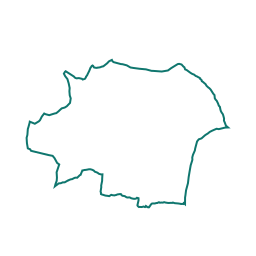 the district of Middle Bush Tanna, Tafea, Vanuatu, rotated 105°
{"feature_id": "77236927B24909731902413", "entity_name": "Middle Bush Tanna", "entity_type": "district", "adm_level": 2, "iso_a3": "VUT", "parent_name": "Vanuatu", "parent_adm1": "Tafea", "projection": "natural_earth1", "projection_center": [169.321, -19.465], "detail": "fine", "context": "isolated", "style": "outline", "palette": "teal", "viewbox_px": 256, "rotation_deg": 105, "n_neighbors": 0, "source": "geoboundaries", "source_scale": "gbopen_adm2", "svg_char_len": 3758}
<svg xmlns="http://www.w3.org/2000/svg" viewBox="0 0 256 256"><g transform="rotate(105 128 128)"><path d="M201.5,97.0L201.2,96.3L200.8,94.3L199.8,92.5L200.0,91.1L199.6,90.7L198.7,90.5L199.0,89.6L199.4,88.9L199.4,87.9L199.2,87.2L198.9,87.0L198.4,87.1L197.5,86.5L196.5,86.3L196.1,86.0L195.2,85.7L194.8,85.3L194.5,84.6L194.0,82.6L193.2,81.3L193.1,81.0L192.8,80.2L191.8,79.1L191.7,78.7L191.9,78.3L191.9,77.8L191.4,76.6L191.2,75.6L190.9,74.7L190.4,74.1L190.3,73.9L190.3,72.4L190.0,69.7L189.3,67.5L188.8,65.6L188.4,65.3L188.5,64.2L188.5,63.3L187.9,60.0L187.6,57.3L187.7,57.1L187.2,55.7L187.1,54.7L186.8,54.4L186.4,54.4L186.0,54.4L185.7,54.6L185.4,54.3L186.7,53.4L186.8,53.2L180.3,54.9L178.2,55.1L173.2,55.8L169.9,55.8L168.1,55.8L165.8,55.8L159.7,56.7L154.6,57.2L147.8,57.8L143.1,57.6L142.0,57.6L139.8,58.3L137.1,58.3L132.4,57.6L130.4,57.8L126.0,57.8L124.4,57.8L123.1,57.8L120.6,56.7L119.9,55.6L119.0,54.3L115.2,51.8L113.9,50.7L112.8,49.6L110.6,48.0L108.8,46.0L107.2,44.0L105.8,42.2L105.6,40.0L103.8,36.7L102.5,34.4L101.6,31.5L100.4,34.0L99.0,35.0L97.6,36.0L96.1,37.2L93.9,37.7L90.8,39.5L89.8,40.3L88.9,41.5L87.6,42.7L86.3,43.5L83.8,44.7L82.9,46.1L81.1,47.3L78.7,49.4L78.0,50.6L76.9,51.8L73.8,53.0L72.9,54.4L71.8,55.6L70.7,56.8L69.5,58.1L68.4,59.9L68.2,60.7L66.9,63.1L65.5,64.5L64.9,65.9L64.4,66.8L63.9,68.0L63.7,68.8L62.8,69.2L62.2,70.2L61.9,71.0L61.3,71.2L60.8,72.8L60.8,73.2L60.4,74.4L60.2,76.1L59.3,78.1L59.2,79.3L59.0,80.5L58.4,82.3L56.8,86.4L56.6,88.0L54.8,89.2L54.3,90.4L52.8,92.7L52.8,95.2L53.4,96.5L59.0,101.8L62.1,104.3L64.7,110.0L66.4,118.9L66.7,120.1L66.7,125.8L67.8,132.2L68.6,138.3L68.9,141.3L67.8,145.4L67.8,148.3L67.8,149.8L68.1,151.4L68.1,152.7L68.1,154.0L68.1,156.2L68.1,159.0L67.5,160.3L66.4,161.2L68.4,163.5L69.0,163.9L70.2,164.5L71.2,165.1L74.8,167.8L74.9,168.2L75.3,168.7L75.6,169.4L76.3,170.2L76.8,171.1L77.2,172.0L77.5,172.9L77.8,173.3L78.1,174.1L78.3,175.8L78.3,176.2L78.3,176.5L77.1,177.7L76.8,178.4L77.5,179.1L77.9,179.2L78.4,179.3L79.4,179.8L82.8,180.2L84.3,180.5L87.3,181.1L87.7,181.1L89.2,181.8L89.6,181.8L90.1,181.8L91.7,182.4L92.9,184.3L92.4,185.2L92.5,188.2L92.9,189.5L93.3,190.3L93.3,191.5L93.2,192.0L92.9,192.7L92.5,193.2L92.2,193.8L89.3,202.9L90.0,203.4L92.1,204.0L94.2,202.1L96.4,199.2L100.3,196.8L104.5,194.7L107.7,194.1L111.6,192.7L114.2,191.0L118.8,190.5L121.3,191.9L122.8,192.7L124.6,194.4L126.2,197.1L128.8,198.8L129.7,199.3L132.2,201.1L132.9,202.5L134.2,204.6L136.0,207.4L136.0,209.2L136.0,211.3L135.7,212.7L139.3,214.2L143.1,215.0L144.6,215.8L148.0,219.1L147.3,224.5L148.1,224.4L152.6,224.4L154.9,224.5L160.7,223.4L163.7,223.4L168.8,221.7L173.6,219.5L173.9,217.0L175.1,215.8L175.1,213.9L174.7,197.8L174.4,193.6L176.1,191.2L180.1,187.4L180.8,185.5L181.0,185.0L189.2,185.5L194.3,183.8L197.5,183.2L200.6,183.5L203.2,183.5L202.5,183.0L200.7,181.5L199.5,180.7L198.7,178.6L197.3,176.8L197.2,176.0L196.8,175.0L196.0,174.2L195.2,173.4L194.0,172.2L194.0,171.9L193.4,171.4L192.4,170.0L192.1,169.3L191.9,168.8L190.0,166.7L189.4,165.5L189.2,164.2L186.1,162.4L185.4,161.6L184.8,161.6L180.8,161.1L180.7,160.5L180.1,159.7L179.9,159.4L179.4,158.0L178.9,156.9L178.0,155.1L177.6,153.6L177.6,152.0L177.9,150.2L178.8,148.7L178.9,147.3L179.1,145.8L179.7,144.5L179.8,143.5L179.8,142.1L179.4,140.7L183.3,139.9L185.8,139.3L190.5,139.0L192.1,138.5L196.6,138.0L197.2,137.5L198.8,137.0L199.0,136.0L199.0,134.5L199.1,133.2L199.1,132.1L198.8,130.0L198.7,128.5L196.9,126.9L196.9,125.4L196.6,123.6L196.2,123.0L195.9,122.3L194.9,121.0L193.8,118.4L193.8,117.4L194.6,116.8L194.9,115.6L194.7,114.3L194.7,113.3L195.0,112.5L195.3,111.5L195.3,110.6L194.9,109.4L194.6,108.4L195.0,106.8L195.0,105.7L194.9,104.2L194.6,102.9L193.8,101.6L193.1,101.3L193.1,99.7L195.2,99.1L200.2,98.9L200.9,98.3L201.5,97.0Z" fill="none" stroke="#0f766e" stroke-width="2"/></g></svg>